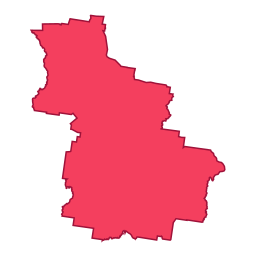 Central Goldfields, Victoria, Australia (Natural Earth projection)
{"feature_id": "25037944B6031326285684", "entity_name": "Central Goldfields", "entity_type": "district", "adm_level": 2, "iso_a3": "AUS", "parent_name": "Australia", "parent_adm1": "Victoria", "projection": "natural_earth1", "projection_center": [143.694, -36.979], "detail": "fine", "context": "isolated", "style": "filled", "palette": "rose", "viewbox_px": 256, "rotation_deg": 0, "n_neighbors": 0, "source": "geoboundaries", "source_scale": "gbopen_adm2", "svg_char_len": 5720}
<svg xmlns="http://www.w3.org/2000/svg" viewBox="0 0 256 256"><path d="M34.3,109.6L34.4,110.5L46.6,112.2L46.4,113.4L59.1,115.1L59.4,112.8L71.3,114.5L73.0,113.3L77.0,118.1L70.4,123.7L71.4,124.9L70.8,129.2L72.2,129.5L77.5,132.4L80.6,132.8L80.0,137.0L77.3,136.6L76.5,142.0L72.2,141.4L70.8,151.2L70.1,151.6L66.2,151.9L62.5,178.4L67.1,179.0L66.2,179.7L65.8,179.7L65.6,180.0L66.1,180.9L65.7,182.4L65.4,182.8L65.5,184.0L65.3,184.6L65.7,186.1L66.2,186.7L66.2,188.2L66.5,188.4L66.8,188.3L67.0,187.1L67.9,186.6L68.6,186.9L69.0,188.0L69.7,187.8L69.7,187.1L70.0,186.6L71.7,187.5L71.8,188.1L71.6,189.0L72.0,189.4L71.7,190.1L71.9,191.1L72.3,191.8L72.9,192.1L72.6,193.3L73.2,193.9L73.1,194.6L73.3,194.9L73.1,195.2L73.0,196.4L72.7,196.7L72.5,198.1L70.2,199.5L69.6,201.9L69.0,202.8L68.1,203.2L67.6,203.9L66.5,203.6L65.7,204.7L64.3,205.4L63.7,206.8L63.2,206.8L62.7,206.5L62.4,206.6L62.4,207.1L63.0,208.3L62.7,208.9L62.8,209.5L62.2,209.8L62.2,210.6L62.3,211.1L63.0,211.9L62.6,213.0L62.1,213.5L61.7,214.3L62.3,215.2L62.1,216.1L74.2,217.9L73.1,225.4L93.6,228.3L92.1,238.1L102.4,239.6L102.3,240.6L102.6,240.3L103.5,240.2L104.1,239.9L104.3,239.3L104.5,239.1L105.5,239.6L106.3,239.6L106.7,239.0L107.1,238.9L107.7,239.5L108.1,239.5L108.1,239.1L108.9,238.9L109.2,237.9L109.6,237.8L109.9,237.3L111.1,237.5L111.1,237.8L111.4,238.1L111.7,238.7L112.7,238.6L113.4,237.9L114.1,238.1L114.2,237.9L115.4,237.6L116.1,238.1L117.2,237.5L117.9,238.2L119.3,237.9L119.5,237.7L119.7,236.7L120.4,236.6L120.2,235.6L121.4,235.1L121.6,234.1L123.1,233.8L123.1,233.2L122.5,232.2L123.1,231.1L124.0,230.6L124.6,231.5L125.0,233.1L125.9,231.0L128.9,233.2L130.1,233.8L131.4,235.2L132.2,236.9L133.2,238.1L134.7,238.5L135.2,239.1L135.4,238.6L135.9,238.6L136.4,238.2L136.9,237.1L137.8,237.0L156.7,240.0L157.4,236.0L160.6,236.5L161.4,236.1L161.9,236.5L162.1,237.9L162.6,239.0L170.2,240.1L170.8,239.6L173.3,222.6L176.0,218.7L186.9,220.3L186.9,219.9L202.1,222.2L202.9,221.9L202.9,220.7L203.4,220.3L203.3,220.0L204.1,219.5L203.8,218.5L204.5,218.1L204.8,217.3L205.9,217.0L205.8,216.5L206.4,215.5L206.4,214.8L206.8,214.4L206.5,213.7L206.4,212.9L206.0,213.0L205.6,212.7L205.7,211.9L206.3,212.0L206.4,211.7L205.5,210.8L206.2,209.1L207.2,208.6L206.9,207.9L207.1,207.2L206.9,206.9L207.1,206.3L206.5,205.1L206.9,204.4L206.9,203.8L206.7,203.5L206.9,202.2L206.4,201.7L206.4,201.1L206.0,200.6L205.4,200.4L204.8,198.8L204.2,198.4L204.8,197.5L205.2,197.3L205.4,196.6L205.9,196.1L205.9,195.4L206.2,195.2L206.0,194.9L206.2,194.2L206.9,193.7L206.8,192.7L206.3,191.9L206.2,191.3L206.5,190.6L206.4,189.8L206.8,188.6L206.5,187.9L206.8,187.1L207.3,186.6L207.3,185.9L207.7,185.9L207.7,185.7L207.1,184.2L207.9,182.8L207.5,181.3L208.4,180.9L209.3,179.8L209.4,177.7L209.7,177.6L210.1,177.2L211.0,177.9L212.2,180.5L212.5,180.7L212.8,180.7L213.7,179.1L213.3,178.3L213.5,177.5L215.0,175.2L216.1,174.7L218.0,174.3L219.8,171.7L222.6,171.4L224.2,170.8L224.8,169.6L224.4,166.4L223.0,164.0L221.5,162.5L219.0,162.0L217.0,160.9L216.7,160.2L216.6,158.7L216.4,158.1L215.8,157.3L214.3,156.0L213.9,155.2L213.5,153.4L211.3,151.6L211.0,151.1L210.6,150.1L184.7,146.5L183.3,147.5L184.7,137.5L181.7,137.4L178.6,136.6L179.3,131.3L160.4,128.8L161.5,128.8L162.3,127.9L162.3,127.3L161.9,126.9L161.9,126.3L161.6,126.1L161.6,125.7L162.0,125.1L162.5,125.2L162.7,124.9L162.4,124.2L162.5,123.8L161.8,123.4L162.0,122.5L162.4,122.1L162.3,121.6L162.5,121.2L163.6,121.1L163.8,120.8L164.2,120.6L165.7,121.0L165.8,120.4L166.3,119.8L165.9,118.8L167.9,118.6L168.4,117.8L168.9,117.6L168.9,117.1L169.7,116.6L170.7,115.4L170.7,114.9L169.2,114.1L169.3,112.8L168.0,109.9L167.6,109.2L166.8,108.7L166.9,107.9L167.3,107.2L167.2,106.8L166.6,106.6L166.0,105.8L166.6,105.0L167.4,104.7L168.6,103.4L169.0,102.6L168.9,102.4L169.1,101.9L169.4,101.9L169.6,101.0L169.9,100.7L170.4,100.4L171.8,100.3L171.7,99.5L171.9,97.7L172.6,96.9L173.3,96.6L172.7,95.3L172.8,94.5L173.0,94.1L169.3,93.6L170.3,87.3L167.7,86.8L167.0,86.9L166.5,85.5L166.0,85.0L155.8,83.4L150.7,82.2L146.2,82.5L138.4,80.0L134.5,79.5L134.3,77.9L133.6,76.4L134.2,76.2L133.9,75.0L134.7,70.1L134.9,70.2L135.2,68.6L127.1,67.5L127.1,67.3L120.8,66.3L120.5,65.6L115.1,60.1L109.5,58.3L107.1,56.8L106.6,55.7L106.4,54.9L107.5,49.5L105.6,36.3L103.0,30.7L104.6,31.0L105.0,28.3L105.4,28.4L105.4,27.8L105.1,27.7L105.5,24.6L102.2,24.1L103.8,16.5L96.1,16.2L90.7,15.4L90.5,15.6L90.8,16.9L90.8,18.5L89.6,20.3L89.3,21.8L70.1,18.8L68.2,24.4L61.8,23.5L61.1,24.9L60.0,24.6L60.1,24.1L58.0,23.8L42.5,24.0L42.6,30.4L31.2,30.3L32.0,31.7L32.0,32.4L32.8,32.9L33.2,32.7L34.0,32.8L34.1,33.5L35.1,34.2L35.4,34.9L36.3,35.1L37.0,35.6L36.8,36.3L36.2,37.0L36.8,37.5L37.3,38.6L38.2,38.9L38.6,39.6L39.4,40.1L39.4,40.6L39.8,41.2L39.8,41.9L40.0,42.2L40.0,43.3L40.3,43.8L40.6,45.2L42.0,46.4L42.6,47.9L43.4,47.6L44.3,48.5L44.7,49.4L44.4,50.4L44.7,51.5L45.4,52.0L45.9,52.1L46.0,52.8L46.5,53.3L46.4,53.8L46.8,54.3L46.6,54.9L46.7,55.4L45.6,55.9L45.5,57.6L45.1,58.2L44.7,58.2L44.4,58.7L43.8,59.2L43.7,59.4L44.0,60.0L43.7,60.5L43.7,61.5L43.9,61.9L43.9,62.3L44.5,62.9L44.3,64.5L44.4,64.9L44.1,65.4L44.3,66.7L45.7,68.2L46.1,69.0L46.5,69.3L46.9,70.4L47.7,71.1L47.7,72.0L47.5,72.4L47.9,74.2L48.0,75.4L46.8,77.1L47.2,79.2L47.7,79.9L47.1,81.3L47.2,81.8L46.8,82.1L47.0,82.3L46.7,82.6L46.7,83.0L46.9,83.3L46.7,83.5L46.9,84.2L45.8,84.7L46.1,85.2L45.9,85.8L45.4,86.1L45.5,86.6L45.0,87.1L44.8,87.9L43.7,88.8L42.9,89.0L42.8,89.5L42.5,89.6L41.5,89.6L40.7,88.5L40.0,88.4L39.7,89.0L40.1,89.4L39.7,90.0L39.2,90.1L39.3,90.6L37.8,91.4L38.0,92.0L38.6,92.6L38.8,93.7L38.4,93.9L38.3,94.3L36.9,95.5L35.5,96.1L35.4,96.4L35.9,97.2L35.1,98.0L33.2,98.2L32.7,98.6L32.5,99.4L32.8,100.3L32.5,100.9L32.7,101.4L32.7,102.2L33.2,104.7L32.4,106.2L32.4,106.9L32.6,107.1L33.6,107.3L33.6,108.3L33.9,109.1L34.3,109.6Z" fill="#f43f5e" stroke="#9f1239" stroke-width="1.5"/></svg>